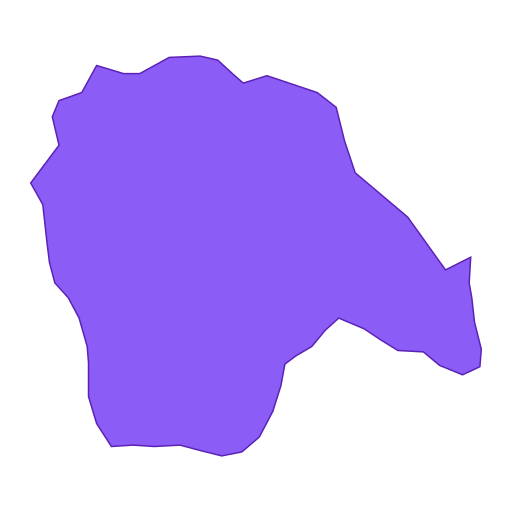 the district of Genagra, Cyprus
{"feature_id": "46923920B92957944756443", "entity_name": "Genagra", "entity_type": "district", "adm_level": 2, "iso_a3": "CYP", "parent_name": "Cyprus", "parent_adm1": "", "projection": "albers", "projection_center": [33.696, 35.21], "detail": "fine", "context": "isolated", "style": "filled", "palette": "violet", "viewbox_px": 512, "rotation_deg": 0, "n_neighbors": 0, "source": "geoboundaries", "source_scale": "gbopen_adm2", "svg_char_len": 800}
<svg xmlns="http://www.w3.org/2000/svg" viewBox="0 0 512 512"><path d="M266.9,75.7L243.2,83.1L232.4,73.6L217.7,60.1L200.2,56.1L169.2,57.4L139.7,73.6L123.5,73.6L96.6,65.5L81.8,92.5L59.0,100.6L52.3,116.8L59.0,145.2L30.7,183.0L42.8,204.6L46.8,241.1L49.5,262.7L54.9,283.0L68.3,297.8L79.1,318.1L87.2,346.5L88.5,362.7L88.5,396.5L96.6,423.5L111.4,446.5L132.9,445.1L154.4,446.5L180.0,445.1L200.2,450.5L221.7,455.9L241.9,451.9L259.3,437.0L272.8,411.4L280.9,385.7L284.9,364.1L295.7,356.0L311.8,346.5L325.2,330.3L338.7,318.1L364.3,328.9L380.4,339.7L397.9,350.5L423.4,351.9L439.6,365.4L462.5,374.8L479.9,366.7L481.3,349.2L474.5,322.1L471.8,297.8L469.2,283.0L470.7,257.2L445.5,269.9L407.7,217.1L355.2,172.8L344.6,141.1L336.2,107.4L317.3,92.6L266.9,75.7Z" fill="#8b5cf6" stroke="#5b21b6" stroke-width="1.5"/></svg>